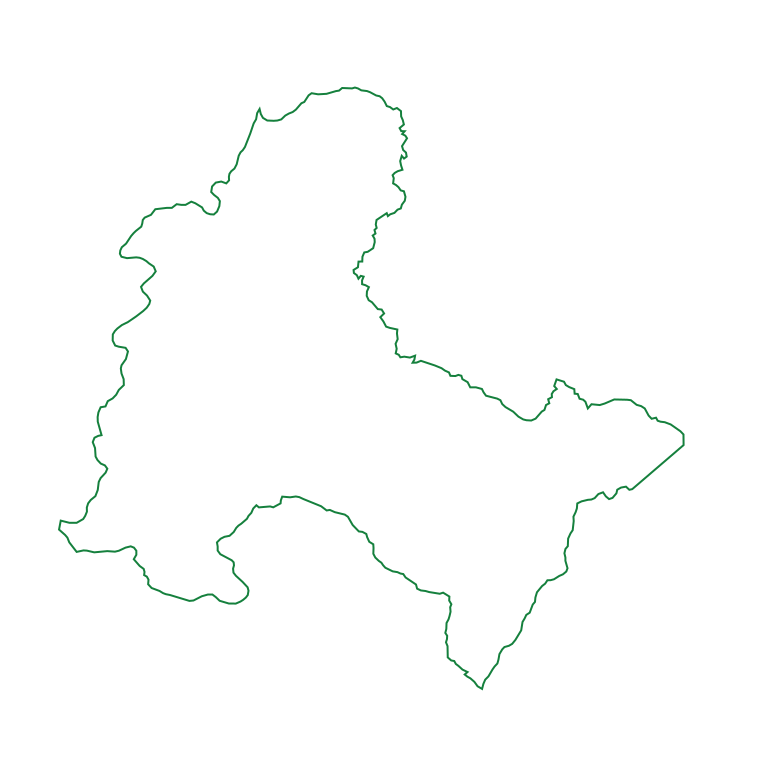 the district of Cocalzinho de Goiás, Goiás, Brazil, rotated 7°
{"feature_id": "56859067B84451242980158", "entity_name": "Cocalzinho de Goiás", "entity_type": "district", "adm_level": 2, "iso_a3": "BRA", "parent_name": "Brazil", "parent_adm1": "Goiás", "projection": "albers", "projection_center": [-48.592, -15.636], "detail": "fine", "context": "isolated", "style": "outline", "palette": "green", "viewbox_px": 768, "rotation_deg": 7, "n_neighbors": 0, "source": "geoboundaries", "source_scale": "gbopen_adm2", "svg_char_len": 6145}
<svg xmlns="http://www.w3.org/2000/svg" viewBox="0 0 768 768"><g transform="rotate(7 384 384)"><path d="M688.8,408.1L687.4,397.6L684.0,394.8L673.5,389.2L667.3,387.7L663.1,387.7L660.1,387.1L658.1,384.3L653.9,385.9L650.5,383.1L645.8,376.5L641.9,374.6L637.3,373.9L631.0,370.0L627.2,370.0L614.4,371.3L605.4,376.5L600.7,378.6L592.4,378.8L589.3,383.4L586.1,377.1L583.6,375.3L579.9,374.8L577.5,370.3L574.4,370.4L573.5,365.9L568.2,364.5L564.6,362.9L562.4,359.8L554.7,358.4L553.2,365.3L556.1,367.9L553.1,370.5L551.7,373.5L552.3,376.6L548.8,379.1L550.4,383.0L547.4,385.1L546.4,390.2L543.9,392.2L538.7,399.9L534.6,402.3L529.8,402.6L526.5,402.2L521.4,400.0L515.6,395.7L507.4,392.1L503.8,389.5L501.5,385.9L498.1,384.7L486.7,383.2L483.9,380.2L481.8,377.0L475.6,376.1L470.0,376.8L466.8,372.0L461.2,369.6L459.8,366.4L456.7,365.9L453.9,367.4L448.9,367.8L447.1,364.6L442.9,363.3L439.2,361.3L432.2,359.4L417.8,356.5L413.7,358.8L409.8,359.4L411.2,356.0L411.4,352.1L406.5,354.6L400.8,354.4L397.0,355.5L395.1,353.2L391.9,352.2L392.3,347.5L390.6,342.7L392.1,337.8L390.7,332.2L390.6,328.3L382.9,327.6L379.1,326.8L375.8,322.0L372.2,318.1L375.5,314.0L372.6,310.4L368.7,310.4L362.1,304.3L358.6,302.7L356.1,298.6L355.8,294.2L357.2,289.7L353.6,288.2L350.1,287.6L349.6,283.8L350.7,279.9L347.8,279.5L345.8,282.6L343.8,279.3L340.6,277.5L339.9,274.5L343.9,271.3L343.8,265.6L347.5,265.1L347.1,260.3L348.4,255.8L351.7,254.8L356.7,250.5L357.5,244.3L356.9,241.0L354.7,238.0L357.2,235.7L355.8,232.3L357.7,230.0L356.4,226.7L356.6,222.1L365.9,214.1L367.4,216.9L369.5,214.8L373.5,212.9L376.2,209.3L379.3,207.7L379.9,203.8L382.3,199.6L382.5,195.6L380.3,190.3L377.0,189.8L374.3,186.8L371.6,185.0L368.6,183.8L368.6,178.5L367.1,175.7L368.9,173.2L371.7,171.1L376.2,169.1L374.3,165.0L372.9,160.8L373.8,155.4L376.4,157.8L378.8,155.5L377.6,151.6L374.5,149.4L372.9,145.7L376.9,137.3L374.9,134.9L371.6,133.7L373.7,130.6L370.3,130.9L368.3,128.1L372.1,124.0L370.5,119.8L368.4,116.3L367.6,111.1L363.2,108.5L359.7,110.4L356.2,108.4L352.9,107.8L350.2,103.7L347.4,100.6L344.6,98.9L341.1,98.6L334.7,96.1L331.4,95.3L325.7,95.3L322.1,93.8L319.0,93.3L316.3,94.5L306.4,95.3L303.6,98.3L300.7,99.1L291.6,103.0L283.3,104.5L276.7,104.2L274.0,106.7L270.5,113.8L267.8,115.4L263.1,122.4L260.2,125.2L256.7,127.1L253.3,129.6L249.8,133.9L246.0,135.5L242.4,136.2L236.0,136.7L231.4,134.6L228.8,131.0L227.0,126.2L225.1,130.6L224.8,136.8L222.9,141.2L220.7,151.8L217.1,165.7L215.3,169.2L213.4,171.5L212.0,175.1L211.0,183.9L209.3,188.4L206.4,191.5L205.0,194.2L204.8,197.2L205.4,200.7L203.0,204.1L197.8,202.9L192.5,204.6L189.3,208.9L189.1,214.5L192.2,217.0L196.4,219.5L198.8,222.5L198.9,227.5L197.3,233.2L194.4,236.5L190.7,236.7L187.2,236.0L184.0,233.9L181.9,230.9L174.7,227.6L170.5,226.5L165.2,230.4L161.2,230.9L156.3,230.8L152.0,235.0L147.2,235.6L135.7,238.4L132.1,244.5L126.2,248.0L124.6,250.6L124.5,254.2L123.9,257.4L119.0,262.4L117.0,264.9L115.0,267.9L110.9,276.1L107.1,280.2L106.0,283.6L106.0,286.9L107.9,289.7L113.6,290.4L122.6,288.5L126.1,288.5L129.4,289.3L133.2,291.0L136.0,292.9L141.1,295.5L143.7,300.0L141.0,304.9L133.4,313.4L131.0,317.2L133.4,321.7L138.0,325.1L141.8,329.7L141.3,333.2L139.2,337.2L136.0,341.0L129.8,347.1L122.2,353.8L116.7,357.4L112.6,361.4L110.4,364.3L108.8,367.8L109.4,373.9L112.5,378.6L116.2,379.3L123.1,379.6L125.9,382.9L124.8,390.7L121.2,397.4L120.9,400.7L122.2,405.6L125.0,410.9L125.9,416.8L121.5,422.2L119.5,427.3L116.4,431.4L111.9,434.7L110.3,440.2L105.6,441.6L104.0,447.0L103.8,451.7L104.5,456.3L109.9,469.2L106.7,470.3L103.2,472.6L102.0,477.2L105.0,482.8L106.6,491.2L108.9,494.4L112.6,497.5L116.9,498.8L119.7,501.8L118.5,505.9L114.2,511.9L112.8,516.0L112.8,524.1L111.2,530.5L107.1,534.8L104.9,538.5L104.1,542.8L104.7,546.9L103.5,551.3L101.9,554.7L95.9,559.2L88.7,560.1L79.8,559.0L79.2,568.1L85.9,572.7L88.5,575.1L90.9,579.5L99.4,588.1L106.0,585.8L109.4,585.6L116.9,586.4L129.7,583.6L137.4,583.2L141.2,581.8L147.4,577.9L152.4,576.0L155.8,576.9L158.5,579.7L159.0,583.7L157.0,588.4L163.7,594.4L168.0,596.8L169.2,599.7L169.2,602.9L172.1,604.1L174.1,606.9L174.3,611.5L178.2,614.8L186.5,616.8L190.2,618.5L193.1,619.2L197.2,619.5L217.3,623.0L221.3,622.1L229.0,616.9L234.9,614.4L239.4,613.9L243.0,616.0L247.3,619.2L256.8,620.8L263.7,620.0L268.1,617.4L270.5,615.4L272.9,612.8L274.5,610.1L274.7,605.7L273.4,602.4L267.8,597.7L260.4,592.4L257.6,589.6L256.7,585.7L257.2,582.3L256.5,579.3L254.3,577.5L242.3,572.9L239.2,569.6L238.7,565.5L237.5,561.6L240.7,557.5L244.3,555.1L249.2,553.5L252.9,549.2L254.9,544.8L256.8,542.3L259.4,540.0L264.4,534.5L265.6,531.4L268.0,528.1L269.4,523.5L272.1,519.9L274.9,521.7L285.9,519.4L289.1,519.9L295.9,515.1L295.8,512.1L296.7,508.2L304.6,507.9L310.2,506.4L313.7,506.6L318.0,508.0L336.5,513.0L342.5,516.5L345.6,515.6L350.8,517.2L361.0,518.4L364.4,520.2L370.1,527.8L377.0,533.4L380.6,533.4L384.7,535.0L385.9,538.0L388.6,542.4L392.9,544.4L393.6,548.1L394.1,553.8L396.5,557.3L400.4,560.2L403.2,561.7L405.2,564.0L407.7,566.2L415.5,568.9L420.3,569.1L423.4,570.1L426.3,570.3L429.0,573.4L440.2,579.1L441.8,583.1L445.7,584.4L450.4,584.4L454.2,585.0L464.9,585.4L468.1,583.9L474.8,587.0L475.1,591.0L477.7,594.4L476.9,597.5L477.8,601.9L477.3,606.5L476.7,609.8L475.2,613.6L475.7,619.5L475.2,623.6L477.4,626.2L477.6,629.5L477.0,632.8L479.0,636.4L480.6,647.6L484.4,650.2L487.5,650.4L489.4,653.1L492.2,654.7L496.7,657.9L502.0,659.7L499.5,662.5L502.4,664.3L505.6,665.6L510.0,668.6L513.7,672.6L518.5,674.7L519.2,669.5L520.5,665.1L523.3,661.5L526.5,654.1L528.2,650.9L530.6,647.6L531.2,643.6L531.5,638.0L533.7,633.0L535.6,630.4L539.9,628.6L542.9,626.3L545.6,622.0L550.2,611.8L550.5,603.3L552.1,599.7L553.4,595.8L556.5,593.2L558.5,584.8L560.4,581.9L560.3,577.4L561.2,572.1L565.5,565.3L568.3,562.5L570.1,558.9L573.3,558.4L576.5,557.1L581.4,553.1L584.8,551.1L587.8,547.9L588.6,544.5L585.6,537.4L585.2,534.1L583.7,530.0L584.2,525.6L586.2,522.6L585.6,515.0L587.3,509.6L589.1,506.1L589.0,496.9L588.2,492.6L589.8,487.9L590.6,484.0L590.4,479.0L594.4,476.4L600.5,474.1L603.9,473.4L607.0,471.6L610.2,467.1L614.6,464.8L617.9,468.5L621.4,470.8L624.7,469.2L628.0,464.2L628.4,460.5L631.9,457.9L636.7,456.4L640.4,459.1L643.2,458.1L688.8,408.1Z" fill="none" stroke="#15803d" stroke-width="2"/></g></svg>